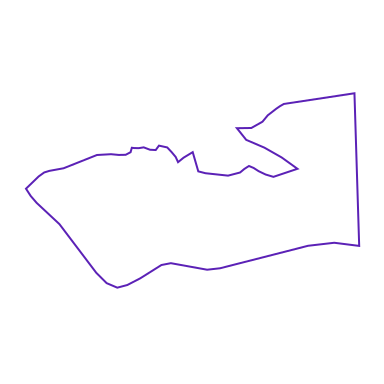 outline of Compostela Valley, rotated 88°
{"feature_id": "PHL-2592", "entity_name": "Compostela Valley", "entity_type": "Province", "adm_level": 1, "iso_a3": "PHL", "parent_name": "Philippines", "parent_adm1": "", "projection": "natural_earth1", "projection_center": [125.941, 7.522], "detail": "fine", "context": "isolated", "style": "outline", "palette": "violet", "viewbox_px": 384, "rotation_deg": 88, "n_neighbors": 0, "source": "natural_earth", "source_scale": "10m", "svg_char_len": 902}
<svg xmlns="http://www.w3.org/2000/svg" viewBox="0 0 384 384"><g transform="rotate(88 192 192)"><path d="M182.9,357.8L171.1,344.7L167.3,339.0L165.9,333.8L163.8,319.5L151.7,285.7L151.4,271.6L152.4,263.9L152.5,257.0L150.1,252.0L145.7,250.6L146.1,248.0L146.3,243.5L145.7,238.7L148.3,232.5L148.8,226.8L144.5,223.4L146.6,215.2L151.4,211.0L156.4,207.1L161.7,204.9L157.4,199.2L152.2,189.9L171.6,185.0L173.7,177.9L176.9,155.4L174.2,143.3L170.8,138.9L168.0,134.2L170.1,129.6L173.5,124.7L177.1,117.8L179.7,110.1L172.5,85.8L160.6,101.2L150.2,118.1L141.8,136.0L129.8,144.9L130.1,130.5L124.2,119.1L118.0,113.6L111.8,105.0L109.3,101.1L107.2,97.1L99.0,26.2L251.7,26.8L247.7,51.6L249.8,77.9L269.2,166.6L270.2,179.6L262.4,215.6L263.9,225.1L276.5,246.8L282.7,259.9L285.0,270.0L280.1,280.5L269.4,290.5L219.5,325.6L197.5,347.6L190.4,353.3L182.9,357.8L182.9,357.8Z" fill="none" stroke="#5b21b6" stroke-width="2"/></g></svg>